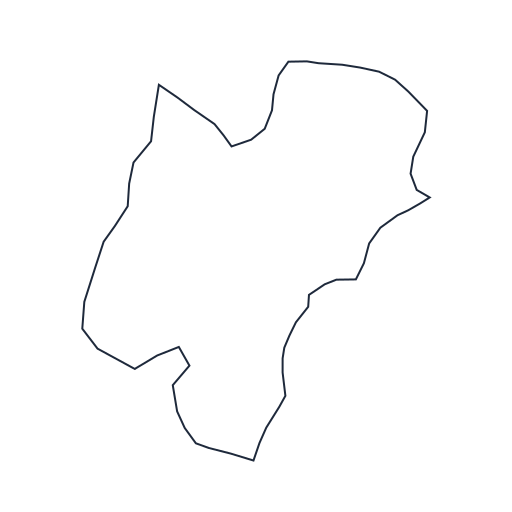 the district of Kiados, Cyprus, rotated 189°
{"feature_id": "46923920B15009716922247", "entity_name": "Kiados", "entity_type": "district", "adm_level": 2, "iso_a3": "CYP", "parent_name": "Cyprus", "parent_adm1": "", "projection": "mercator", "projection_center": [33.604, 35.258], "detail": "fine", "context": "isolated", "style": "outline", "palette": "slate", "viewbox_px": 512, "rotation_deg": 189, "n_neighbors": 0, "source": "geoboundaries", "source_scale": "gbopen_adm2", "svg_char_len": 972}
<svg xmlns="http://www.w3.org/2000/svg" viewBox="0 0 512 512"><g transform="rotate(189 256 256)"><path d="M286.1,61.6L272.6,59.0L250.1,56.9L226.5,53.6L223.3,71.9L219.0,88.1L209.4,110.7L205.1,122.5L211.5,145.1L213.7,159.1L213.7,169.9L210.5,182.8L206.2,196.8L196.5,214.0L197.6,225.9L183.7,238.8L172.9,245.2L153.7,248.5L148.3,265.7L146.2,286.1L137.6,303.4L122.6,318.4L112.9,324.9L102.2,333.5L93.6,341.0L107.6,346.4L116.2,361.5L116.2,378.7L108.6,404.6L109.7,426.1L131.2,442.2L146.2,451.9L163.3,457.3L182.6,458.4L200.8,458.4L224.4,456.2L236.2,456.2L254.4,453.0L261.9,437.9L264.0,418.5L263.0,402.4L267.3,383.0L279.0,370.1L297.3,360.4L306.9,370.1L317.6,379.8L340.1,390.6L358.3,400.2L378.7,409.9L378.7,377.6L377.6,352.9L391.6,329.2L392.6,307.7L390.5,285.1L400.1,263.5L408.7,246.3L413.0,219.4L418.4,183.9L416.2,157.0L398.0,139.7L358.1,125.5L338.0,142.3L318.0,154.1L304.6,137.3L318.0,115.4L309.6,90.2L299.5,75.0L286.1,61.6Z" fill="none" stroke="#1e293b" stroke-width="2"/></g></svg>